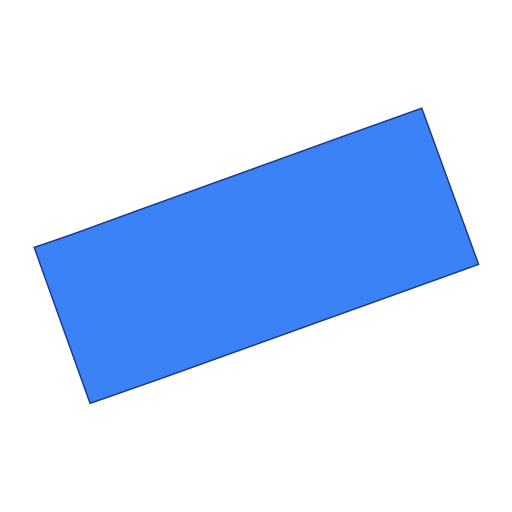 the district of Douglas, Missouri, United States of America, rotated 339°
{"feature_id": "52423323B63572960553065", "entity_name": "Douglas", "entity_type": "district", "adm_level": 2, "iso_a3": "USA", "parent_name": "United States of America", "parent_adm1": "Missouri", "projection": "albers", "projection_center": [-92.554, 36.932], "detail": "fine", "context": "isolated", "style": "filled", "palette": "blue", "viewbox_px": 512, "rotation_deg": 339, "n_neighbors": 0, "source": "geoboundaries", "source_scale": "gbopen_adm2", "svg_char_len": 287}
<svg xmlns="http://www.w3.org/2000/svg" viewBox="0 0 512 512"><g transform="rotate(339 256 256)"><path d="M52.0,168.5L48.3,334.1L121.5,336.3L452.5,343.4L460.8,343.5L463.7,177.4L381.5,175.5L161.8,171.1L91.7,169.9L52.0,168.5Z" fill="#3b82f6" stroke="#1e3a8a" stroke-width="1.5"/></g></svg>